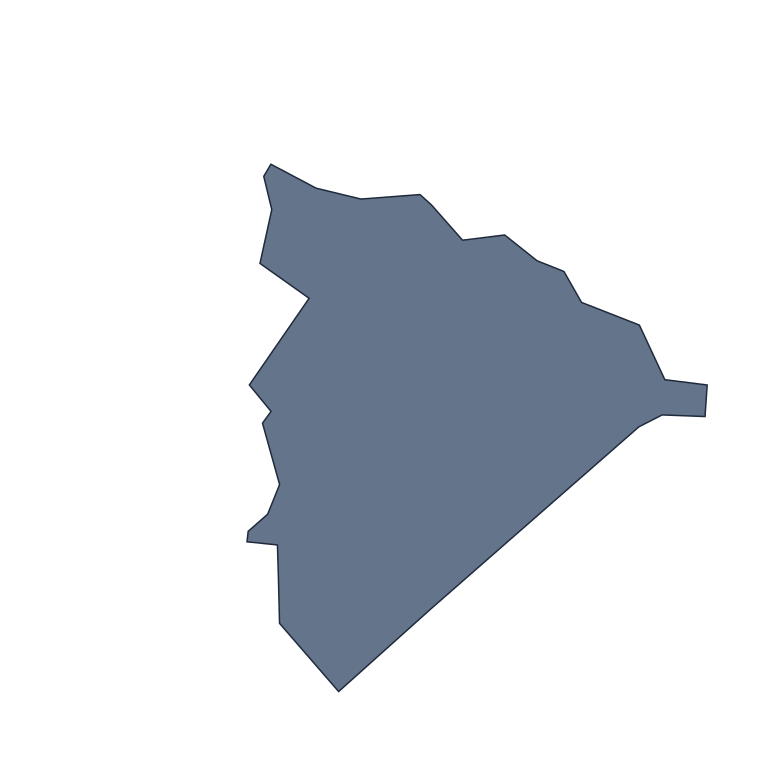 Butts, Georgia, United States of America, rotated 318°
{"feature_id": "52423323B49879158216450", "entity_name": "Butts", "entity_type": "district", "adm_level": 2, "iso_a3": "USA", "parent_name": "United States of America", "parent_adm1": "Georgia", "projection": "mercator", "projection_center": [-83.954, 33.312], "detail": "fine", "context": "isolated", "style": "filled", "palette": "slate", "viewbox_px": 768, "rotation_deg": 318, "n_neighbors": 0, "source": "geoboundaries", "source_scale": "gbopen_adm2", "svg_char_len": 567}
<svg xmlns="http://www.w3.org/2000/svg" viewBox="0 0 768 768"><g transform="rotate(318 384 384)"><path d="M144.5,582.2L269.0,582.5L544.9,586.4L570.0,593.1L600.8,623.0L623.5,601.0L595.6,568.7L613.2,511.1L585.4,455.6L593.0,420.8L580.2,394.8L573.4,354.0L538.6,329.7L539.1,282.6L537.5,267.3L490.6,231.1L464.6,193.1L447.0,145.0L433.6,149.2L417.3,179.3L372.5,211.4L385.7,270.2L283.3,294.6L281.7,328.8L267.5,331.8L239.1,388.9L210.4,402.9L184.5,402.6L176.6,409.6L197.1,432.3L176.6,456.5L146.2,492.0L144.5,582.2Z" fill="#64748b" stroke="#1e293b" stroke-width="1.5"/></g></svg>